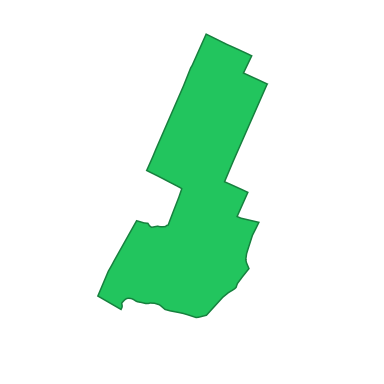 outline of Slobozia Mandra, Teleorman, Romania, rotated 313°
{"feature_id": "2599482B21797470887303", "entity_name": "Slobozia Mandra", "entity_type": "district", "adm_level": 2, "iso_a3": "ROU", "parent_name": "Romania", "parent_adm1": "Teleorman", "projection": "orthographic", "projection_center": [24.681, 43.937], "detail": "fine", "context": "isolated", "style": "filled", "palette": "green", "viewbox_px": 384, "rotation_deg": 313, "n_neighbors": 0, "source": "geoboundaries", "source_scale": "gbopen_adm2", "svg_char_len": 1461}
<svg xmlns="http://www.w3.org/2000/svg" viewBox="0 0 384 384"><g transform="rotate(313 192 192)"><path d="M135.9,286.3L136.8,286.4L142.8,287.2L145.2,287.8L147.5,288.5L150.4,289.2L152.3,289.3L155.1,288.0L156.3,287.6L164.3,286.7L174.8,285.9L176.4,282.3L177.4,280.1L178.6,278.3L179.4,277.7L179.2,277.4L181.7,275.7L184.1,274.0L188.0,272.1L201.6,265.7L209.2,263.5L215.4,261.6L206.2,245.6L204.8,241.7L229.8,233.1L227.9,227.1L221.7,208.8L242.7,201.1L322.1,173.4L322.3,173.4L314.1,148.5L332.3,142.8L328.2,130.0L323.6,116.5L317.1,94.7L316.8,94.8L284.7,105.8L281.9,106.4L263.9,113.4L198.5,136.5L191.3,139.2L181.5,142.6L176.8,144.2L178.6,150.2L180.4,156.2L187.2,180.7L187.4,182.3L179.6,185.8L171.1,189.2L165.6,191.4L157.2,194.8L151.6,197.1L150.2,196.3L148.5,196.1L146.1,193.8L144.6,192.0L143.6,190.2L138.6,186.5L138.3,183.9L139.0,181.1L136.6,177.9L134.4,173.4L133.2,171.1L88.0,182.1L85.5,182.8L81.9,183.7L77.1,184.8L51.7,194.1L54.6,206.7L57.7,220.2L59.8,219.5L60.6,219.0L61.6,218.0L62.5,216.6L63.1,216.4L64.1,216.3L65.3,216.3L67.0,216.3L68.6,216.6L69.9,217.1L71.1,218.1L72.2,219.6L72.9,220.8L73.4,222.3L73.7,223.7L74.0,225.5L74.2,225.9L74.3,226.3L74.4,226.7L76.0,229.3L76.3,229.6L78.8,234.1L80.8,236.2L82.3,237.1L83.5,238.6L85.1,240.5L87.3,245.1L87.5,247.1L87.7,252.3L90.2,257.1L94.8,264.4L97.2,268.4L99.2,272.4L103.0,280.6L104.6,282.0L107.0,283.6L108.0,284.2L110.0,285.5L111.7,286.6L120.4,286.5L135.9,286.3Z" fill="#22c55e" stroke="#15803d" stroke-width="1.5"/></g></svg>